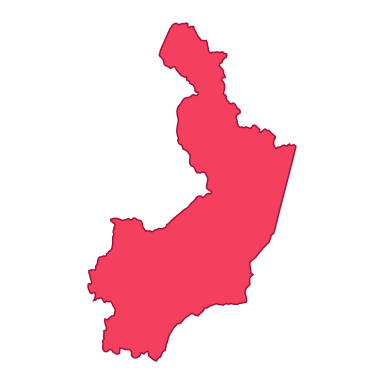 Nova Venécia, Espírito Santo, Brazil
{"feature_id": "56859067B73479400955028", "entity_name": "Nova Venécia", "entity_type": "district", "adm_level": 2, "iso_a3": "BRA", "parent_name": "Brazil", "parent_adm1": "Espírito Santo", "projection": "equal_earth", "projection_center": [-40.551, -18.657], "detail": "fine", "context": "isolated", "style": "filled", "palette": "rose", "viewbox_px": 384, "rotation_deg": 0, "n_neighbors": 0, "source": "geoboundaries", "source_scale": "gbopen_adm2", "svg_char_len": 5988}
<svg xmlns="http://www.w3.org/2000/svg" viewBox="0 0 384 384"><path d="M138.9,356.7L140.2,355.0L140.8,353.1L142.2,353.0L144.0,354.0L145.3,352.5L146.5,351.8L148.3,351.5L149.0,356.2L150.6,357.2L153.2,359.6L154.9,360.2L156.3,361.0L157.4,359.4L158.6,357.8L160.0,357.3L160.9,356.1L161.6,353.8L163.2,351.5L164.9,350.6L165.5,348.9L166.3,344.3L167.3,342.3L168.4,337.5L170.0,333.5L171.4,331.7L172.5,329.6L173.9,327.3L175.7,325.8L176.8,324.0L178.1,323.8L179.4,323.5L180.8,322.9L182.1,321.3L183.7,319.5L184.6,318.3L185.7,317.4L188.3,315.9L190.2,314.2L191.9,313.6L193.9,314.0L195.1,315.2L198.4,315.8L199.5,314.0L200.9,313.1L202.3,311.7L203.6,310.3L204.3,308.2L206.0,308.1L207.6,307.5L208.9,306.6L210.2,305.9L214.8,304.3L216.0,303.7L219.4,304.6L221.4,304.6L222.9,305.2L224.6,304.3L226.5,303.5L227.8,304.2L229.3,304.1L230.8,303.4L232.2,303.9L234.2,304.1L236.3,304.5L238.1,304.1L239.3,303.3L241.0,303.2L242.8,302.8L244.6,302.4L246.2,302.2L246.7,300.6L246.5,298.7L245.6,294.7L244.9,293.1L245.3,291.5L245.8,288.9L246.8,287.6L248.0,286.4L249.5,285.2L250.0,283.3L249.6,281.7L249.7,278.6L250.6,276.6L253.1,274.5L250.9,273.1L250.5,268.7L249.9,264.9L249.7,262.8L251.1,261.1L253.1,259.3L254.5,258.4L255.8,257.2L257.1,255.4L258.4,253.7L261.8,249.8L263.2,247.9L266.4,244.9L267.3,243.7L268.8,242.5L269.5,240.7L270.7,237.4L271.2,235.2L272.9,234.0L274.1,232.3L281.5,202.8L288.8,174.9L296.0,146.5L293.8,144.6L291.8,145.5L290.1,145.3L289.4,144.0L288.1,144.8L287.1,146.1L285.7,145.8L284.3,145.2L282.7,145.3L280.9,146.9L279.0,147.2L277.5,147.3L276.4,148.6L275.3,147.7L274.5,146.4L273.9,144.9L273.5,143.0L273.9,140.2L275.1,138.4L275.4,136.6L273.5,135.0L270.0,131.7L268.9,130.4L267.4,130.7L265.0,129.0L263.6,129.9L261.8,131.6L260.7,132.4L259.5,131.7L259.7,129.5L258.4,128.4L256.0,125.9L254.4,125.1L252.9,125.5L250.9,128.3L249.2,128.1L246.0,126.8L244.5,127.6L242.9,127.5L241.5,127.1L239.8,127.3L238.3,126.2L237.9,124.6L237.2,123.2L237.1,121.2L236.7,119.3L236.0,117.3L236.6,115.3L240.2,112.8L240.1,110.7L238.8,109.1L237.0,108.0L236.1,106.1L234.8,104.1L233.4,103.0L231.5,103.7L229.7,103.5L228.4,101.5L226.8,100.2L225.9,98.1L226.3,96.2L225.1,95.1L223.6,93.9L223.8,91.4L224.6,88.9L224.7,86.9L224.6,85.1L224.0,83.2L223.2,81.9L221.5,80.2L222.4,77.9L223.8,77.5L225.1,77.5L224.9,75.7L223.6,73.8L223.6,71.3L222.7,69.7L221.3,67.7L219.3,65.9L219.7,63.7L221.8,62.6L222.6,60.5L224.1,58.6L226.1,57.3L226.8,55.6L226.6,53.9L224.5,53.5L223.1,52.2L221.4,51.9L219.7,52.7L217.7,51.9L215.9,52.1L214.6,52.5L212.5,52.2L211.5,53.1L210.0,52.5L208.8,51.7L208.4,50.0L208.2,48.0L207.6,46.1L207.4,44.4L207.1,42.4L206.1,40.4L204.9,40.8L201.3,40.3L200.3,39.1L199.1,37.7L197.8,36.0L196.6,34.0L195.8,31.8L194.7,29.8L194.0,28.6L193.6,26.5L191.8,26.5L190.2,26.8L189.0,27.6L187.8,26.6L187.8,23.8L186.1,23.0L184.2,23.8L182.8,23.5L180.7,24.1L178.7,24.8L177.5,23.9L176.0,23.3L174.2,23.9L172.3,25.3L171.3,27.4L170.1,28.5L160.2,50.9L160.1,52.8L159.2,54.7L159.8,56.2L161.6,57.7L163.0,59.3L163.6,61.0L164.3,64.4L165.6,65.6L168.2,66.6L169.4,67.7L170.8,68.5L172.9,66.9L174.7,66.5L175.8,68.4L176.4,69.9L178.6,72.4L179.7,73.8L181.2,75.5L184.9,77.2L186.4,76.6L186.5,78.8L187.2,80.5L188.6,80.7L189.5,81.9L190.0,83.5L191.2,84.2L193.0,84.7L194.2,86.8L195.1,88.9L195.0,91.0L196.3,92.2L197.8,92.0L198.2,94.4L196.6,95.5L194.9,95.2L193.2,94.6L191.4,95.8L189.6,97.3L186.3,97.7L184.6,98.4L183.5,99.3L182.7,100.8L181.6,102.0L180.9,103.6L179.8,104.9L178.2,106.6L177.3,109.1L177.0,111.5L177.3,115.2L178.2,118.9L178.3,121.2L177.2,126.9L176.8,131.0L177.1,133.5L177.5,135.3L178.4,138.2L177.7,140.7L179.3,144.0L182.0,145.2L182.6,147.6L183.3,149.3L185.1,149.8L187.9,151.8L188.9,153.8L190.1,155.1L190.1,157.6L189.8,159.8L189.8,162.0L189.9,163.7L191.0,165.7L192.7,166.2L194.1,167.1L195.8,171.2L197.1,172.8L198.7,172.7L200.2,173.0L201.4,172.4L202.9,172.0L204.9,172.4L206.0,174.6L207.0,176.5L207.8,178.3L207.6,180.9L206.6,185.7L206.5,188.0L207.9,189.5L209.7,190.3L211.6,192.1L210.5,193.9L208.1,193.5L206.2,194.3L205.0,196.0L203.9,197.0L202.5,197.6L201.2,196.1L199.4,196.0L198.1,196.3L196.6,197.3L195.6,198.9L193.4,201.7L191.9,202.6L190.6,204.0L188.9,206.3L187.1,208.0L185.1,209.1L183.6,210.1L182.6,211.0L181.5,212.1L177.5,215.3L175.5,217.0L173.9,218.2L170.7,221.3L169.7,222.5L168.5,223.5L166.8,224.7L165.8,227.3L161.9,228.9L159.8,228.5L158.1,228.7L156.6,230.0L155.0,229.9L153.2,231.4L151.6,231.8L150.2,230.8L148.3,231.4L146.9,230.6L145.1,230.6L144.3,229.1L143.3,227.7L142.5,225.8L142.2,223.2L141.3,221.3L140.2,220.4L138.9,220.4L137.2,219.7L135.6,218.4L133.4,218.1L131.9,219.6L130.4,220.0L129.2,218.9L127.7,218.7L126.0,219.8L124.2,220.0L122.7,220.5L118.9,219.1L117.6,218.5L114.2,218.3L112.2,218.8L110.6,219.5L111.1,221.2L112.2,222.0L113.4,223.1L114.6,223.5L115.2,225.4L114.2,226.7L113.9,228.7L113.2,231.2L113.3,232.8L114.0,234.7L112.7,236.9L112.8,242.2L112.6,244.6L111.8,249.2L108.7,251.7L107.8,253.3L106.5,254.0L106.2,255.6L104.8,256.4L103.5,255.9L102.0,256.8L100.8,257.0L99.5,257.1L98.4,258.4L97.8,260.1L97.2,264.1L95.8,266.2L95.9,268.0L95.3,269.9L93.6,270.0L91.6,269.9L90.4,270.1L88.9,270.8L89.0,273.2L89.8,274.9L90.2,276.5L90.4,278.1L91.2,280.3L91.7,282.0L91.3,284.4L89.4,283.7L88.2,284.1L88.0,286.8L88.4,288.7L90.2,293.0L91.9,293.5L93.4,292.6L95.4,293.3L95.3,295.8L94.9,297.8L93.7,300.5L95.6,299.9L97.3,298.3L98.8,298.7L101.1,297.7L102.8,299.8L103.8,301.9L105.0,302.5L106.1,301.1L107.5,301.6L109.0,301.7L110.5,301.4L111.8,302.8L112.5,304.6L113.3,306.0L114.3,307.7L115.3,309.7L114.7,313.0L114.0,315.6L111.7,316.1L110.2,317.1L108.6,318.9L107.0,319.7L105.0,319.0L104.7,320.9L105.5,325.1L106.3,326.7L106.6,328.5L105.8,330.3L103.8,330.9L104.0,332.7L103.9,334.5L103.7,336.6L104.1,338.9L102.9,340.4L102.8,342.4L103.2,344.2L102.7,345.8L102.9,349.2L104.0,350.9L105.2,351.6L106.8,351.7L108.4,350.6L109.4,349.5L111.6,349.8L113.0,352.0L114.3,352.6L115.9,353.9L118.0,354.0L119.5,353.3L119.7,350.8L120.0,348.3L121.7,348.3L125.9,349.6L128.0,349.5L130.0,349.7L131.4,351.5L131.6,353.5L131.4,355.4L132.7,356.9L134.2,357.8L136.0,357.9L138.9,356.7Z" fill="#f43f5e" stroke="#9f1239" stroke-width="1.5"/></svg>